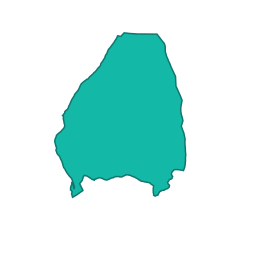 Al-Balyana, Suhaj, Egypt, rotated 223°
{"feature_id": "37247803B40738105773266", "entity_name": "Al-Balyana", "entity_type": "district", "adm_level": 2, "iso_a3": "EGY", "parent_name": "Egypt", "parent_adm1": "Suhaj", "projection": "mercator", "projection_center": [31.948, 26.241], "detail": "fine", "context": "isolated", "style": "filled", "palette": "teal", "viewbox_px": 256, "rotation_deg": 223, "n_neighbors": 0, "source": "geoboundaries", "source_scale": "gbopen_adm2", "svg_char_len": 3436}
<svg xmlns="http://www.w3.org/2000/svg" viewBox="0 0 256 256"><g transform="rotate(223 128 128)"><path d="M198.4,188.5L198.1,187.3L197.5,185.8L197.1,183.2L196.6,181.1L196.4,178.7L195.9,174.5L195.9,172.2L195.2,170.3L194.2,167.8L194.1,166.2L193.6,164.9L192.8,163.4L192.6,162.1L192.5,161.2L192.0,159.4L192.0,158.2L191.8,157.0L191.6,156.2L190.7,154.8L190.7,153.5L190.7,152.2L190.8,151.5L190.4,148.5L190.4,146.6L190.6,145.3L190.6,144.8L190.6,144.7L190.5,143.8L190.7,141.6L190.9,139.9L190.8,137.6L190.7,136.5L191.4,135.4L191.5,134.0L192.0,131.7L192.1,130.0L192.3,128.6L191.8,126.4L191.3,125.2L190.9,124.1L190.3,122.1L190.1,119.7L190.0,118.4L190.0,116.5L189.2,114.6L189.0,113.2L188.3,109.9L187.7,108.2L186.7,105.5L186.2,103.5L185.6,102.3L185.1,101.5L185.1,100.1L185.4,98.2L185.3,96.8L184.6,95.9L184.5,94.7L184.5,94.2L184.3,93.3L184.3,92.4L183.4,92.5L182.6,92.1L182.2,91.4L181.6,90.6L180.6,89.9L179.5,89.2L178.0,88.0L176.8,87.3L175.8,86.4L175.3,85.7L174.9,84.5L174.8,83.3L174.8,81.3L174.7,79.7L175.2,76.3L175.3,74.7L175.3,73.9L174.5,72.4L174.0,70.9L173.3,69.4L172.2,68.0L170.8,67.2L169.4,66.2L167.2,65.0L166.2,64.2L165.7,62.8L165.2,62.4L162.7,61.1L161.3,60.7L159.9,60.7L158.2,60.4L156.0,59.3L153.5,58.5L149.8,56.2L148.0,55.2L147.8,55.2L147.7,55.2L146.5,55.0L145.5,54.7L144.5,54.3L143.6,54.0L141.7,53.5L140.1,53.2L137.9,52.8L136.7,52.8L134.5,52.5L130.8,50.6L129.3,49.7L128.3,49.0L127.8,48.9L127.0,48.5L126.4,47.5L126.1,46.9L126.1,46.4L126.0,46.2L126.6,46.8L127.3,47.7L128.5,48.3L130.2,49.2L131.3,50.0L131.9,49.7L131.0,48.9L130.5,48.1L130.3,47.2L129.6,45.7L128.6,44.4L127.8,43.5L126.8,43.5L125.4,43.3L125.1,42.7L124.5,41.5L123.3,40.8L121.9,39.8L121.2,39.6L119.8,44.5L119.0,48.6L118.6,50.3L118.3,51.5L118.8,51.8L125.4,54.3L125.6,56.9L125.8,58.5L126.7,60.5L127.2,61.0L127.2,61.5L127.7,63.6L126.7,64.0L125.1,65.0L122.1,65.5L119.6,65.9L118.1,66.4L117.1,66.9L117.6,67.4L117.1,67.9L115.9,70.6L115.5,71.4L115.0,72.3L113.8,72.9L113.0,73.3L112.0,73.8L111.5,73.8L109.9,74.3L108.4,75.2L107.9,75.7L106.9,77.7L106.7,78.2L106.3,79.7L104.8,81.7L104.2,83.7L101.7,86.2L100.7,86.6L99.1,88.1L98.6,89.6L97.5,92.1L97.5,92.6L94.0,95.0L92.0,95.5L91.5,95.7L90.0,96.5L89.5,96.5L86.4,97.4L84.9,97.4L84.4,97.9L82.9,97.8L81.9,98.3L80.4,99.3L79.4,99.8L76.4,101.7L74.8,102.7L72.8,102.7L72.5,102.7L70.8,103.1L70.3,103.1L69.8,103.1L69.4,102.6L68.4,101.1L67.4,100.0L66.4,99.0L65.5,98.0L64.5,97.5L63.5,96.4L62.5,96.4L61.7,96.8L61.0,98.4L60.4,99.4L60.9,100.9L61.4,102.9L60.8,104.4L60.8,104.9L60.3,105.9L59.3,106.9L58.7,108.9L57.7,110.9L57.7,111.9L57.6,112.9L58.6,114.4L59.6,114.5L60.6,114.5L61.6,115.0L62.1,115.5L62.0,116.5L62.5,118.5L61.5,120.5L61.4,121.0L62.4,123.1L63.4,123.1L64.9,124.1L65.4,124.6L65.7,125.7L65.8,126.2L65.8,128.7L65.2,129.7L63.7,131.1L61.7,132.6L60.2,133.6L58.4,134.7L60.0,138.4L61.5,140.5L63.4,143.0L65.8,145.6L67.8,148.1L69.7,149.7L70.5,150.5L71.2,151.2L72.2,152.2L75.1,154.8L76.6,156.3L78.5,158.6L79.5,159.4L83.9,162.5L87.3,164.1L90.3,165.7L92.7,170.7L95.6,172.8L97.1,173.5L99.1,174.9L101.0,176.4L103.0,178.5L104.4,180.5L107.3,185.1L111.7,187.2L116.7,189.3L120.8,191.1L121.6,191.4L123.1,192.9L128.4,198.1L132.4,199.7L138.8,202.3L140.8,203.4L144.7,204.9L145.7,205.5L148.2,206.5L150.2,207.7L152.6,209.1L153.6,210.1L156.0,212.7L158.5,214.3L160.4,214.8L161.4,214.8L170.8,216.4L175.1,212.5L185.2,203.2L191.2,198.3L191.7,197.9L193.0,197.0L194.8,195.6L195.7,195.0L195.7,192.4L195.7,190.0L198.4,188.5Z" fill="#14b8a6" stroke="#0f766e" stroke-width="1.5"/></g></svg>